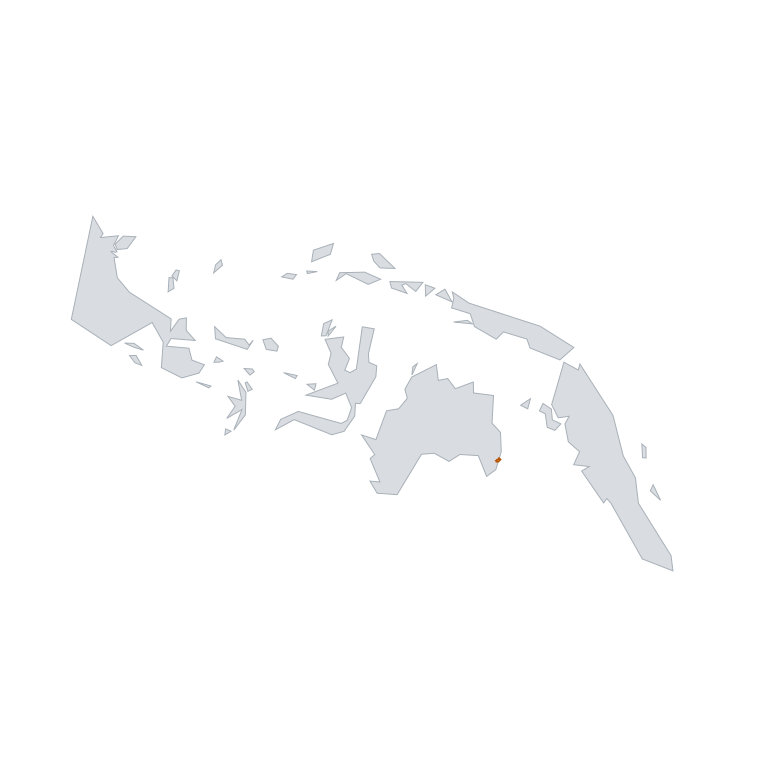 Kota Singkawang, Kalimantan Barat, Indonesia shown in context, rotated 191°
{"feature_id": "22746128B18670307275317", "entity_name": "Kota Singkawang", "entity_type": "district", "adm_level": 2, "iso_a3": "IDN", "parent_name": "Indonesia", "parent_adm1": "Kalimantan Barat", "projection": "natural_earth1", "projection_center": [108.996, 0.891], "detail": "fine", "context": "in_parent", "style": "filled", "palette": "amber", "viewbox_px": 768, "rotation_deg": 191, "n_neighbors": 0, "source": "geoboundaries", "source_scale": "gbopen_adm2", "svg_char_len": 4715}
<svg xmlns="http://www.w3.org/2000/svg" viewBox="0 0 768 768"><g transform="rotate(191 384 384)"><path d="M265.6,312.9L277.8,331.7L296.0,329.3L305.4,320.4L321.4,325.6L333.8,322.2L350.0,277.9L369.9,275.5L379.3,286.0L369.3,287.1L383.4,308.2L379.6,312.9L396.3,329.7L381.3,327.9L376.4,358.1L364.9,362.5L358.4,374.5L362.5,382.8L358.1,396.1L336.3,413.0L331.4,397.9L322.5,401.5L313.1,393.0L296.7,403.0L294.4,392.3L274.3,393.6L270.5,366.2L260.4,358.7L256.0,339.9L257.9,321.4L265.6,312.9ZM64.7,255.7L97.0,261.5L138.4,310.2L143.5,314.1L145.7,309.1L173.4,336.3L166.7,342.1L182.4,341.0L179.1,354.9L192.0,362.4L198.8,379.4L196.1,387.6L206.5,384.1L215.5,395.8L211.5,439.7L196.0,434.8L195.5,441.0L153.2,396.8L135.4,359.0L119.3,339.9L111.5,315.5L69.5,270.3L64.7,255.7ZM703.3,387.8L701.8,493.0L688.5,478.1L690.2,473.7L673.0,478.8L676.0,468.3L671.3,462.8L673.0,462.0L675.7,462.4L677.3,461.8L669.4,457.7L673.1,456.5L666.0,437.3L651.4,425.5L605.4,407.3L603.7,395.0L597.4,408.6L590.6,411.2L588.4,398.9L577.6,390.7L601.7,388.0L604.9,379.6L582.3,381.9L577.1,370.8L564.0,368.6L567.7,359.4L583.6,351.4L605.7,357.6L608.7,382.9L623.3,400.1L659.2,369.6L703.3,387.8ZM478.7,329.5L462.9,340.7L418.6,337.1L413.2,341.3L411.3,354.6L419.8,367.8L432.5,359.0L458.4,358.2L429.4,376.0L442.4,392.6L441.8,404.1L450.4,416.6L432.5,422.5L432.9,411.8L422.8,402.5L425.1,390.1L419.5,388.7L414.0,393.3L416.2,436.0L404.1,436.3L405.1,410.8L402.9,402.4L394.6,400.5L393.4,389.6L403.6,360.3L408.3,359.5L406.6,347.0L414.2,329.9L425.6,324.2L465.4,331.9L481.8,318.4L478.7,329.5ZM216.0,441.2L247.5,447.2L252.3,455.4L276.7,457.9L282.4,449.4L306.1,457.6L312.7,469.4L332.2,471.6L331.8,481.5L334.5,487.4L316.0,479.6L241.7,470.5L204.6,456.1L216.0,441.2ZM518.5,331.9L531.8,320.2L525.9,333.8L534.8,342.1L520.6,340.8L528.2,360.0L517.9,349.5L514.2,327.2L522.7,310.1L518.5,331.9ZM524.9,391.9L558.0,396.2L561.2,408.0L547.8,399.4L529.3,401.4L523.9,396.6L520.7,402.1L524.9,391.9ZM448.7,484.8L424.3,490.1L407.3,486.2L418.5,478.8L442.3,485.1L450.6,476.6L448.7,484.8ZM378.7,477.3L395.0,479.7L397.8,485.7L365.2,491.2L370.5,480.9L381.7,486.7L385.4,484.5L378.7,477.3ZM478.4,490.2L478.8,501.9L460.4,512.3L461.4,501.1L478.4,490.2ZM215.5,372.6L220.0,385.5L226.3,387.2L224.2,395.3L214.9,391.3L211.9,380.9L202.8,378.6L207.4,371.1L215.5,372.6ZM668.1,479.4L655.7,481.2L662.0,467.9L671.6,465.1L674.6,470.0L668.1,479.4ZM410.0,497.2L417.5,502.7L420.9,509.0L413.3,511.2L395.3,499.5L410.0,497.2ZM506.2,395.5L511.3,404.3L503.7,407.4L494.9,400.9L495.4,395.8L506.2,395.5ZM332.9,477.6L350.2,481.5L342.3,488.7L332.9,477.6ZM359.9,478.2L362.4,489.3L352.3,487.7L359.9,478.2ZM245.8,389.2L237.5,397.5L238.2,387.1L245.8,389.2ZM613.5,433.3L615.3,447.4L611.5,448.0L608.4,437.9L613.5,433.3ZM327.5,458.1L314.3,462.4L308.7,459.9L327.5,458.1ZM454.7,419.2L454.7,431.8L447.1,437.1L450.1,420.3L454.7,419.2ZM90.3,322.6L102.2,329.9L100.6,336.5L90.3,322.6ZM119.4,374.3L114.7,371.6L112.6,361.3L116.2,361.0L119.4,374.3ZM567.7,474.9L565.2,469.8L572.4,460.6L572.0,468.9L567.7,474.9ZM555.2,346.8L568.9,350.3L553.5,349.0L555.2,346.8ZM472.1,372.4L484.7,376.0L470.9,375.7L472.1,372.4ZM448.8,425.4L442.1,431.6L448.0,420.3L448.8,425.4ZM625.3,356.1L632.5,357.3L639.2,363.3L632.8,364.7L625.3,356.1ZM504.8,469.6L500.2,474.1L490.8,474.7L493.3,469.5L504.8,469.6ZM612.8,449.7L609.8,456.3L606.5,456.1L607.0,445.7L612.8,449.7ZM524.3,372.5L516.1,373.6L513.7,371.3L517.3,367.2L524.3,372.5ZM626.6,371.3L636.7,372.4L646.4,374.7L637.1,376.2L626.6,371.3ZM451.1,364.7L459.5,369.0L450.8,371.3L451.1,364.7ZM530.9,309.7L525.2,308.5L530.5,303.6L530.9,309.7ZM471.0,481.6L480.3,477.8L481.4,480.2L471.0,481.6ZM555.1,372.9L553.6,378.7L546.4,375.8L550.0,374.0L555.1,372.9ZM359.0,406.4L355.3,410.4L358.3,398.2L359.0,406.4ZM516.2,350.8L520.5,358.7L518.9,359.9L512.4,353.7L516.2,350.8Z" fill="#d9dde1" stroke="#a8b0b8" stroke-width="1"/><path d="M259.3,330.0L259.2,330.0L259.2,329.9L259.3,329.9L259.2,329.8L258.9,329.8L258.9,329.7L258.9,329.4L258.7,329.3L258.7,329.2L258.5,329.3L258.4,329.3L258.2,329.4L258.2,329.5L258.0,329.4L258.0,329.5L257.9,329.5L257.7,329.6L257.4,329.6L257.2,329.6L256.9,329.6L256.7,329.6L256.5,329.8L256.5,330.0L256.4,330.2L256.4,330.3L256.4,330.5L256.2,330.7L256.2,330.8L256.2,331.0L256.0,331.3L256.0,331.2L255.9,331.3L255.8,331.5L255.7,331.5L255.4,331.6L255.3,331.8L255.2,331.8L255.1,332.0L255.4,332.1L255.5,332.1L255.6,332.3L255.9,332.6L256.0,332.5L256.3,332.6L256.3,332.9L256.4,333.0L256.5,333.1L256.8,333.3L257.0,333.3L257.1,333.2L257.3,333.1L257.3,332.9L257.3,332.7L257.4,332.4L257.4,332.2L257.5,332.0L257.5,331.9L257.8,331.8L258.1,331.7L258.3,331.5L258.5,331.4L258.7,331.2L258.8,331.1L259.0,331.0L259.0,330.9L259.0,330.7L259.1,330.4L259.1,330.2L259.3,330.1L259.3,330.0Z" fill="#f59e0b" stroke="#b45309" stroke-width="1.5"/></g></svg>